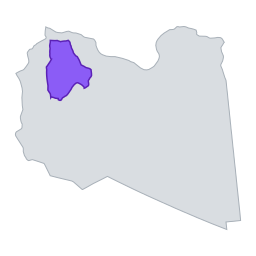 where Mizdah sits in Libya
{"feature_id": "LBY-2976", "entity_name": "Mizdah", "entity_type": "Municipality", "adm_level": 1, "iso_a3": "LBY", "parent_name": "Libya", "parent_adm1": "", "projection": "albers", "projection_center": [13.169, 30.372], "detail": "fine", "context": "in_parent", "style": "filled", "palette": "violet", "viewbox_px": 256, "rotation_deg": 0, "n_neighbors": 0, "source": "natural_earth", "source_scale": "10m", "svg_char_len": 4158}
<svg xmlns="http://www.w3.org/2000/svg" viewBox="0 0 256 256"><path d="M18.7,71.8L20.3,71.0L22.6,70.2L23.8,69.5L24.3,68.9L26.1,66.6L27.0,65.3L28.2,63.5L28.8,62.3L28.8,61.1L28.7,59.7L27.8,56.3L27.2,53.0L27.8,51.7L28.3,51.1L29.4,49.6L29.8,49.3L32.0,48.9L32.9,47.9L33.6,46.6L33.8,46.0L34.8,45.3L36.0,44.6L36.7,43.7L39.1,42.3L41.2,41.1L43.7,39.8L45.7,38.7L46.1,37.8L46.1,37.0L45.0,35.2L45.1,33.0L45.2,31.3L45.3,30.2L45.8,27.3L45.8,26.9L47.8,27.9L49.8,28.3L55.8,32.0L57.7,32.5L61.9,32.9L66.9,31.4L68.8,31.2L72.1,32.6L73.5,32.9L76.0,33.0L80.1,34.3L81.2,34.7L83.6,36.7L84.8,37.3L93.5,39.0L94.7,40.2L95.9,42.5L96.0,45.4L96.7,47.5L97.9,50.2L99.2,52.2L100.7,53.7L102.4,54.7L106.2,56.1L110.6,56.6L114.9,56.6L122.5,58.4L128.9,60.5L130.6,61.6L133.8,62.6L140.4,67.9L144.0,69.7L146.6,69.9L148.8,69.5L152.6,67.3L154.2,66.1L157.9,61.0L159.0,58.4L159.4,56.6L159.2,54.8L158.6,53.3L157.4,51.6L156.5,49.4L155.8,45.4L156.2,42.6L156.9,40.9L158.0,39.1L161.0,35.6L164.1,33.1L169.6,29.7L172.9,29.5L174.3,29.1L176.9,26.7L178.0,26.6L179.5,27.0L184.0,26.5L186.0,26.9L188.5,28.0L191.5,28.6L193.7,29.2L196.1,30.1L196.8,32.7L196.6,33.5L196.7,34.5L199.2,36.1L205.9,36.3L207.2,36.7L209.2,37.9L210.4,38.2L215.0,37.9L217.6,37.4L220.2,37.6L221.2,38.0L222.3,39.0L223.7,41.4L224.3,42.3L223.8,42.8L223.2,43.8L222.8,44.6L221.8,46.1L220.9,47.6L221.2,49.7L221.6,51.8L222.5,53.8L223.4,56.0L223.4,57.5L223.0,59.4L222.6,61.0L220.9,64.4L220.7,65.2L220.9,66.2L222.5,69.9L222.8,71.1L223.9,74.6L224.8,77.5L225.8,79.8L226.0,80.4L226.4,83.9L226.7,87.3L227.1,90.8L227.5,94.2L227.8,97.7L228.2,101.1L228.5,104.5L228.9,108.0L229.3,111.4L229.6,114.9L230.0,118.3L230.3,121.7L230.7,125.2L231.0,128.6L231.4,132.0L231.8,135.5L232.1,138.9L232.5,142.3L232.8,145.8L233.2,149.2L233.6,152.6L233.9,156.0L234.3,159.5L234.6,162.9L235.0,166.3L235.4,169.7L235.7,173.2L236.1,176.6L236.4,180.0L236.8,183.4L237.1,186.8L237.5,190.2L238.3,197.8L239.1,205.3L239.9,212.9L240.6,220.4L240.6,220.5L236.9,220.9L233.3,221.3L229.6,221.6L226.0,222.0L226.2,223.9L226.4,225.8L226.6,227.6L226.8,229.5L219.4,226.6L212.0,223.7L204.7,220.7L197.4,217.7L190.2,214.6L182.9,211.5L175.7,208.4L168.6,205.2L161.4,202.0L154.3,198.8L147.2,195.6L140.1,192.3L133.1,189.0L126.1,185.6L119.1,182.2L112.2,178.8L107.4,176.4L102.4,179.0L98.4,181.0L93.2,183.6L87.2,187.0L82.6,189.5L82.3,189.5L82.1,189.4L77.3,185.2L73.5,181.9L71.8,181.0L64.7,179.3L57.6,177.6L50.2,175.7L48.9,173.0L47.4,170.0L45.5,166.1L44.3,163.8L43.9,163.4L38.3,161.5L32.3,159.6L28.8,160.6L28.2,160.5L27.3,159.8L26.3,158.8L25.8,157.5L24.5,155.7L23.3,151.7L23.3,148.5L23.0,147.4L20.1,142.8L17.4,138.6L15.7,135.8L15.4,134.6L15.6,133.1L16.4,131.8L19.1,130.2L21.6,128.6L22.0,127.4L22.2,124.0L21.5,123.0L20.9,121.0L20.4,118.3L20.4,116.5L21.6,113.1L22.9,109.6L22.3,105.6L21.9,97.6L22.5,91.4L22.2,89.1L22.1,88.1L21.3,85.1L20.5,82.1L20.1,81.0L18.9,78.5L16.9,75.4L15.9,73.4L17.4,72.5L18.7,71.8Z" fill="#d9dde1" stroke="#a8b0b8" stroke-width="1"/><path d="M62.8,41.2L64.6,41.0L65.8,41.0L67.1,40.7L67.6,40.5L68.4,40.4L69.0,41.1L69.9,42.2L70.2,43.6L70.3,44.5L71.0,45.9L71.5,48.1L72.4,49.8L73.0,51.2L73.4,52.8L74.2,53.9L75.6,55.7L76.4,56.2L77.2,56.6L77.4,56.9L79.2,60.1L80.4,63.1L81.1,64.9L83.1,65.9L84.3,66.5L85.8,67.5L88.7,68.3L89.8,68.7L89.8,68.8L91.0,69.6L91.3,71.9L91.5,73.9L91.5,75.6L90.9,76.8L90.0,77.8L89.8,78.1L89.4,78.9L88.7,80.0L88.3,80.8L88.4,82.0L88.6,83.1L88.7,84.3L88.6,85.1L88.1,85.9L87.0,86.6L85.3,87.8L84.2,88.2L84.2,87.4L83.5,86.5L82.3,85.3L80.9,84.3L79.2,83.4L78.4,83.0L77.3,82.7L76.1,83.1L74.6,84.3L73.9,85.0L73.1,86.0L72.0,87.4L71.4,88.7L70.7,89.9L69.9,91.0L69.1,92.2L67.9,93.9L66.5,95.5L64.9,96.3L63.8,97.1L63.0,97.5L62.2,98.2L61.7,99.3L60.8,100.3L59.5,100.3L58.3,99.7L58.2,98.5L57.3,98.4L56.2,98.3L55.3,98.2L53.6,97.5L53.0,97.4L51.3,96.9L50.8,97.7L50.5,94.9L50.2,93.6L49.0,91.9L47.9,90.1L48.0,85.7L47.5,82.5L47.0,78.9L46.7,75.5L46.6,72.3L46.7,69.6L46.4,67.6L46.5,66.7L47.2,66.0L48.3,64.3L50.1,61.6L51.4,59.3L51.2,59.3L50.5,58.0L50.0,56.8L49.8,55.4L49.9,53.5L49.8,51.9L49.9,50.1L50.1,48.5L49.9,47.4L49.7,45.7L50.0,43.8L50.3,42.3L50.3,40.4L54.0,40.6L55.9,40.6L57.3,40.5L58.5,41.0L59.6,41.3L60.5,41.7L61.1,41.5L61.7,41.4L62.8,41.2Z" fill="#8b5cf6" stroke="#5b21b6" stroke-width="1.5"/></svg>